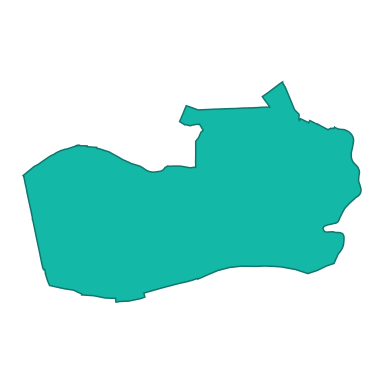 the district of Chirnogi, Calarasi, Romania
{"feature_id": "2599482B29900557308409", "entity_name": "Chirnogi", "entity_type": "district", "adm_level": 2, "iso_a3": "ROU", "parent_name": "Romania", "parent_adm1": "Calarasi", "projection": "mercator", "projection_center": [26.509, 44.098], "detail": "fine", "context": "isolated", "style": "filled", "palette": "teal", "viewbox_px": 384, "rotation_deg": 0, "n_neighbors": 0, "source": "geoboundaries", "source_scale": "gbopen_adm2", "svg_char_len": 5130}
<svg xmlns="http://www.w3.org/2000/svg" viewBox="0 0 384 384"><path d="M23.9,176.7L24.1,177.0L23.9,177.2L24.1,178.2L24.8,181.4L25.0,182.5L25.2,183.6L26.3,188.2L26.7,190.6L27.1,192.9L28.4,198.9L29.6,204.5L30.5,208.6L31.2,211.8L31.8,214.9L32.3,217.1L32.4,219.2L32.6,220.2L33.0,221.0L35.9,235.2L37.6,243.3L38.6,247.8L39.3,251.2L40.9,259.1L41.3,261.2L41.7,263.2L42.4,265.9L42.4,266.6L42.5,267.0L43.4,269.3L43.6,269.7L43.9,269.7L44.3,269.5L44.5,269.4L45.7,273.3L45.3,273.4L47.3,280.0L48.4,282.8L49.6,285.5L59.1,287.6L60.9,288.0L61.2,288.0L61.9,288.2L64.6,288.8L73.4,290.1L78.9,292.7L79.3,292.8L81.8,294.0L81.6,294.9L93.6,295.7L105.1,298.0L115.7,298.4L115.9,302.1L117.0,302.0L117.3,301.9L117.6,301.9L119.9,301.5L128.7,301.1L140.7,298.6L144.9,297.1L143.9,293.1L154.6,290.0L155.0,289.9L161.0,288.2L164.3,287.3L178.8,283.5L188.2,281.4L192.7,280.1L193.0,280.0L193.4,279.8L197.4,278.5L197.7,279.1L201.7,277.5L206.5,275.3L217.6,270.6L229.5,267.5L230.5,267.3L231.0,267.3L231.3,267.3L240.9,266.2L256.7,266.4L264.7,266.0L268.4,266.2L268.9,266.2L269.2,266.2L272.0,266.3L280.6,266.8L295.5,269.5L304.6,272.5L306.4,273.1L306.9,273.2L307.1,273.3L307.7,273.6L317.2,270.5L326.4,266.0L334.0,263.4L335.0,261.3L336.1,258.7L338.2,254.0L340.6,251.0L342.2,248.4L343.0,246.4L343.5,244.5L343.8,241.9L344.0,239.6L344.0,236.6L343.3,234.8L342.8,234.0L342.2,233.5L340.5,232.8L339.5,232.6L338.1,232.5L335.8,232.5L333.1,231.8L331.5,231.8L329.9,231.9L328.4,232.0L327.1,232.1L326.2,232.1L325.6,231.9L324.8,231.5L324.2,231.0L323.5,229.9L323.1,228.7L323.0,228.0L323.3,227.4L324.0,226.6L325.1,225.9L326.7,225.2L328.3,224.7L330.9,224.3L332.9,223.7L334.4,223.4L336.3,223.0L337.3,222.3L338.2,221.5L339.3,219.3L340.4,216.6L342.7,212.1L344.6,208.6L347.3,205.6L349.8,203.0L355.8,197.6L358.6,195.7L360.1,193.9L360.9,191.8L361.0,188.9L360.1,185.6L358.6,181.1L358.7,178.1L358.9,176.0L359.5,172.5L359.2,170.4L357.7,167.0L356.1,165.3L353.2,162.2L352.0,159.8L351.4,157.6L351.2,155.7L351.3,153.4L351.4,152.0L352.0,149.8L352.6,146.9L353.5,141.6L353.6,139.7L353.2,137.6L351.6,134.5L349.4,132.2L346.3,130.4L344.0,129.6L340.3,129.3L339.7,129.2L338.2,128.9L337.8,128.9L336.8,128.4L335.1,127.6L334.7,127.3L334.5,127.1L334.2,127.8L333.9,128.5L333.2,128.4L332.6,128.2L332.4,128.2L332.1,128.3L331.7,128.4L331.5,128.5L331.1,128.5L330.9,128.4L330.7,128.4L330.4,128.3L330.2,128.4L328.1,129.7L324.2,127.7L323.7,127.4L321.8,126.5L321.3,126.2L321.0,126.0L320.4,125.7L319.8,125.3L319.3,125.0L318.8,124.8L317.5,124.0L317.3,124.4L309.8,120.5L308.6,122.7L307.1,121.9L300.4,118.7L300.0,119.5L299.6,120.1L299.2,120.4L298.8,119.0L298.8,118.7L299.0,116.4L299.1,114.8L299.0,114.3L298.6,113.8L294.7,109.9L294.3,109.1L291.5,102.3L289.5,97.4L287.0,91.4L285.1,86.9L284.3,85.7L283.5,84.4L283.3,84.0L282.9,83.2L282.7,82.6L282.6,82.2L282.6,81.9L281.5,82.6L280.6,83.2L279.3,84.1L278.3,84.9L275.5,87.0L272.7,89.1L269.6,91.5L267.7,92.9L265.8,94.2L262.6,96.4L262.3,96.6L263.9,98.9L265.3,100.8L266.7,102.6L269.8,107.0L269.3,107.1L268.7,107.2L266.9,107.2L266.4,107.1L265.8,107.1L264.9,107.2L263.6,107.2L262.6,107.3L261.2,107.3L259.6,107.4L257.8,107.6L256.6,107.6L254.7,107.7L253.5,107.8L251.1,107.9L248.5,107.9L247.6,108.0L246.5,108.0L245.3,108.0L244.2,108.0L240.7,108.2L239.2,108.3L235.6,108.5L230.7,108.6L214.4,109.2L203.0,109.7L199.3,109.9L198.3,110.0L198.0,109.9L193.4,108.2L193.2,108.1L192.9,108.0L188.6,106.5L186.3,105.7L184.8,109.2L184.0,111.2L183.8,111.7L183.3,113.0L183.1,113.4L182.9,113.9L182.8,114.1L182.6,114.5L182.5,114.8L181.6,117.0L181.4,117.5L180.2,120.1L179.8,121.1L179.6,121.6L184.8,124.8L184.9,124.7L185.7,124.7L186.7,124.9L187.7,125.2L188.4,125.3L189.2,125.6L189.4,125.7L189.8,125.7L190.9,125.6L191.6,125.4L192.2,125.1L192.5,125.0L192.8,125.0L193.4,125.0L193.7,124.9L194.3,124.8L194.9,124.7L195.4,124.5L195.9,124.4L196.5,124.4L197.6,124.4L198.3,124.4L198.6,124.4L198.8,124.4L199.2,124.1L199.4,124.1L200.6,126.0L202.6,129.4L203.1,130.3L203.1,130.5L202.6,130.9L202.2,131.2L201.7,131.5L201.4,131.7L201.1,132.0L200.1,134.2L198.6,137.6L195.7,141.3L195.7,147.7L195.7,152.6L195.7,156.5L195.6,160.5L195.6,161.6L195.6,162.0L195.7,166.1L195.7,167.4L194.4,167.2L190.3,167.8L181.0,166.2L179.2,166.1L172.3,166.1L170.2,166.3L167.6,166.0L167.3,166.1L167.3,166.4L165.6,167.2L165.2,167.4L163.5,169.5L163.2,169.8L160.9,171.2L153.3,172.2L149.6,171.6L146.5,170.4L145.7,169.9L143.4,168.2L141.8,167.2L139.8,166.1L137.5,165.4L134.2,164.4L131.7,163.7L128.8,162.3L127.2,161.6L124.5,160.4L123.3,159.9L122.4,159.4L121.6,159.0L120.3,158.2L119.2,157.5L108.9,151.8L107.2,151.3L99.2,148.7L97.2,148.6L96.9,147.4L93.8,147.2L90.8,147.0L89.8,146.9L87.0,146.6L87.1,145.9L86.1,145.8L83.2,145.8L82.6,145.8L80.6,145.8L80.1,145.5L78.9,145.5L78.9,145.1L77.7,145.2L77.8,145.6L76.1,145.6L76.1,146.2L75.1,146.3L71.7,147.4L70.4,147.9L67.0,148.9L66.8,149.0L66.0,149.2L64.4,149.4L63.9,149.6L63.4,149.9L61.7,150.3L61.3,150.4L56.1,152.8L55.6,153.2L54.9,153.8L54.5,153.9L54.3,154.1L53.9,154.4L53.3,154.6L53.0,154.7L52.1,155.1L51.0,155.7L49.6,156.5L49.3,156.7L48.1,157.5L42.7,161.2L41.7,161.9L38.2,164.4L36.8,165.2L35.0,166.0L33.2,167.2L32.8,167.6L31.1,169.0L23.0,175.6L23.5,176.2L23.9,176.7Z" fill="#14b8a6" stroke="#0f766e" stroke-width="1.5"/></svg>